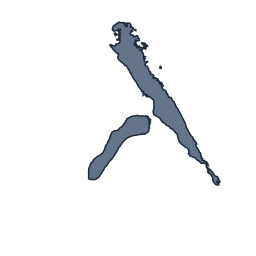 Kepulauan Sula, Maluku Utara, Indonesia (Mercator projection), rotated 59°
{"feature_id": "22746128B81791072961966", "entity_name": "Kepulauan Sula", "entity_type": "district", "adm_level": 2, "iso_a3": "IDN", "parent_name": "Indonesia", "parent_adm1": "Maluku Utara", "projection": "mercator", "projection_center": [125.8, -2.114], "detail": "fine", "context": "isolated", "style": "filled", "palette": "slate", "viewbox_px": 256, "rotation_deg": 59, "n_neighbors": 0, "source": "geoboundaries", "source_scale": "gbopen_adm2", "svg_char_len": 5548}
<svg xmlns="http://www.w3.org/2000/svg" viewBox="0 0 256 256"><g transform="rotate(59 128 128)"><path d="M45.2,72.1L43.3,72.5L42.9,73.6L42.1,72.7L40.3,72.4L38.9,72.7L37.2,75.4L37.8,76.1L38.1,75.5L40.0,75.9L40.5,76.5L40.4,77.3L39.5,77.3L38.1,77.9L38.0,77.6L37.0,77.5L37.2,77.1L36.8,76.8L35.7,77.1L35.6,77.9L34.8,78.3L34.1,79.9L32.6,81.3L32.8,85.6L33.3,88.6L34.6,89.6L35.3,90.7L37.4,90.5L37.7,90.1L38.7,87.5L38.6,86.8L39.0,86.4L38.7,84.9L39.3,83.8L40.2,84.1L39.9,85.5L40.1,86.5L40.7,86.4L40.9,85.8L41.1,86.5L42.5,87.2L43.1,85.9L43.4,86.8L44.0,87.2L43.4,88.4L44.4,88.3L44.9,87.2L44.8,87.6L45.4,87.7L45.5,89.0L46.1,89.0L46.4,89.3L46.9,88.7L47.7,89.0L48.0,89.8L49.9,90.3L50.8,92.7L49.8,95.2L50.7,96.1L51.1,97.1L49.7,98.5L47.6,99.7L47.5,100.6L48.2,101.0L49.9,100.8L50.5,100.3L52.1,100.4L58.4,99.0L58.9,98.4L59.9,98.3L61.8,99.6L61.7,100.0L62.5,100.7L65.4,100.6L71.1,98.5L72.8,98.5L73.1,97.8L73.8,97.4L76.2,97.6L78.0,97.3L82.5,97.7L82.9,97.1L83.0,97.4L83.9,97.7L88.9,97.8L92.3,97.4L99.1,97.6L101.8,97.0L103.5,97.4L104.1,97.2L104.5,96.1L104.9,96.0L106.1,96.5L106.0,97.4L106.7,97.1L107.7,98.1L107.6,97.3L108.0,96.7L107.8,96.3L108.6,95.0L109.3,94.7L110.6,94.9L111.6,93.9L113.4,93.0L117.3,91.6L123.5,94.9L127.2,98.3L130.1,99.0L135.1,95.9L136.3,95.6L138.0,95.8L140.7,95.4L143.2,94.1L145.2,93.7L147.8,92.0L149.6,91.9L152.9,90.2L156.4,89.8L157.9,89.1L159.4,89.1L159.8,89.5L166.1,91.2L169.7,90.4L172.4,89.1L174.0,88.7L175.6,87.6L177.2,87.2L179.3,87.8L181.2,88.9L181.2,89.3L183.7,89.3L188.4,85.7L191.0,85.3L193.2,84.0L196.0,83.4L197.0,81.6L198.9,79.4L200.2,79.4L201.4,78.6L200.6,78.6L200.4,78.2L199.3,78.0L198.8,78.2L197.3,78.1L197.3,78.6L196.7,79.0L195.3,79.2L194.7,78.7L195.3,79.3L195.2,80.0L193.5,80.9L192.7,79.7L191.6,80.5L190.9,80.5L190.1,79.5L188.6,79.7L187.2,78.7L185.3,79.2L183.7,78.9L180.0,79.1L177.5,78.7L177.0,78.4L177.1,77.3L176.3,77.5L175.7,76.9L173.5,77.6L172.8,77.2L172.7,77.6L172.3,77.7L169.9,77.5L169.6,77.2L167.3,77.9L164.3,78.0L157.9,77.6L152.7,76.4L136.2,75.4L135.3,75.8L128.9,75.0L127.8,75.7L124.3,75.3L124.0,76.3L123.1,76.2L122.7,77.2L120.8,77.1L119.9,76.6L119.1,76.6L118.5,77.3L117.3,76.5L116.2,76.9L115.6,76.5L114.5,76.9L114.1,77.8L112.8,78.0L110.5,77.7L109.7,77.2L109.0,77.5L108.6,77.0L107.6,77.0L108.0,76.1L107.0,75.8L107.2,77.4L106.8,77.7L106.1,77.0L106.2,77.8L105.8,78.2L105.2,77.8L105.4,77.2L105.0,77.4L104.7,77.1L104.1,77.5L103.2,77.2L102.9,77.3L102.7,78.5L102.0,78.7L101.8,77.2L101.3,77.1L100.6,78.1L98.8,78.7L99.0,80.1L97.8,80.9L97.5,80.7L97.7,79.9L97.0,79.9L96.6,78.9L96.3,78.8L94.6,79.4L93.4,81.1L92.6,80.9L92.0,79.8L90.0,80.4L85.2,79.7L83.7,81.1L82.1,80.8L82.2,79.9L81.1,78.2L80.5,78.5L80.1,79.4L78.0,79.3L77.4,78.9L77.7,78.1L77.1,77.4L76.2,78.4L75.4,78.1L75.5,76.9L74.9,77.6L71.2,76.5L69.9,76.8L69.2,76.4L67.8,77.8L67.8,76.8L67.4,76.8L68.1,75.0L67.5,73.8L66.4,74.4L66.0,75.1L65.1,75.7L65.2,78.0L64.3,76.4L63.8,76.2L63.9,76.7L63.4,77.2L63.6,79.0L63.3,79.0L63.1,78.0L62.4,77.5L61.9,78.4L61.4,78.2L61.2,79.7L60.8,79.7L60.3,78.9L60.5,77.2L59.1,79.4L58.6,78.5L58.9,77.7L58.3,77.7L58.0,77.2L58.2,76.6L57.3,76.4L56.8,76.7L56.5,76.1L57.7,75.4L58.9,73.6L58.9,73.3L57.6,72.6L56.7,73.1L56.0,72.6L55.2,72.8L53.8,72.4L53.3,73.1L53.1,75.0L52.6,76.1L51.9,76.3L51.5,75.7L48.7,77.8L47.8,77.3L47.6,76.0L46.5,75.7L46.0,72.5L45.2,72.1ZM129.3,105.9L129.1,105.5L129.4,105.1L128.8,104.8L127.9,105.3L127.3,106.3L126.7,106.3L126.4,108.3L125.1,109.1L123.5,112.3L122.1,113.3L119.8,119.1L119.5,124.3L120.2,125.0L120.7,126.6L121.5,127.3L123.6,132.0L123.6,134.2L124.7,138.0L123.4,141.1L123.4,143.8L124.6,146.0L127.6,149.2L129.4,152.2L130.5,153.4L131.8,156.5L134.3,159.2L136.2,162.3L136.9,165.8L136.6,169.0L136.9,169.5L136.8,170.4L137.2,172.9L137.7,174.5L138.8,175.6L138.9,177.2L139.7,178.7L142.6,182.5L146.1,184.9L149.7,186.8L150.2,187.5L151.4,187.8L152.8,186.7L154.9,183.5L155.4,181.9L155.2,178.4L151.0,169.8L149.7,168.4L149.6,166.4L146.8,160.8L146.5,158.4L144.2,153.1L143.3,152.0L143.3,151.1L140.2,146.4L138.9,142.7L137.9,141.1L136.3,135.3L136.2,133.1L136.7,129.0L139.6,121.2L140.5,119.8L140.2,118.4L141.3,117.9L142.1,116.6L141.8,115.7L142.0,113.4L141.3,112.7L141.1,111.6L139.4,110.4L139.2,109.7L138.4,109.8L138.2,109.1L136.6,108.4L136.0,107.1L135.5,107.1L135.3,107.5L134.5,106.8L134.6,106.4L134.1,106.7L133.8,106.1L134.1,105.9L133.7,105.6L132.7,105.3L133.1,105.6L132.9,106.0L132.3,105.7L131.6,106.2L131.0,105.4L130.5,105.9L130.2,105.3L129.3,105.9ZM218.6,76.3L217.1,76.6L215.9,76.4L214.5,77.7L213.4,78.2L210.0,78.3L207.6,78.8L206.3,78.7L205.0,79.7L201.0,80.5L201.9,81.0L205.6,80.5L205.2,81.2L206.4,81.1L206.3,82.1L206.6,82.3L208.4,82.1L209.4,81.3L211.3,80.8L214.6,81.2L215.6,81.9L217.7,82.4L219.8,82.4L222.3,81.6L223.4,79.5L220.0,79.6L219.6,79.3L221.6,78.3L220.7,78.0L220.7,77.6L222.2,77.1L219.6,76.8L217.4,77.3L218.6,76.3ZM68.0,69.1L67.1,68.8L66.0,69.7L65.4,71.1L65.1,69.8L64.5,69.6L63.6,70.4L63.4,71.2L62.2,71.8L62.1,72.5L63.2,72.7L63.9,72.3L64.5,72.3L65.2,71.5L66.0,72.0L66.4,71.5L66.7,72.3L67.1,72.2L66.8,72.9L67.2,73.0L69.3,72.6L69.5,72.0L68.6,71.5L67.9,70.6L68.0,69.1ZM41.8,89.1L40.1,89.8L39.8,90.9L42.3,91.3L42.4,89.4L41.8,89.1ZM93.0,69.9L94.0,69.0L93.9,68.7L93.0,68.2L91.9,68.3L91.8,68.8L93.0,69.9ZM47.4,90.1L46.4,91.1L46.4,91.9L47.0,92.0L47.6,91.3L47.9,90.3L47.4,90.1ZM111.6,94.9L111.4,94.7L110.7,94.9L109.6,96.1L110.6,96.0L111.6,94.9ZM48.0,70.7L47.2,71.2L47.6,72.0L48.6,71.1L48.0,70.7ZM81.2,77.0L80.7,77.2L80.9,78.0L81.4,77.7L81.2,77.0ZM109.8,76.9L110.2,76.5L109.9,76.2L109.8,76.9ZM132.2,104.5L131.5,104.5L131.1,105.1L131.6,105.1L132.2,104.5ZM47.1,75.1L47.3,75.6L47.4,74.9L47.1,75.1Z" fill="#64748b" stroke="#1e293b" stroke-width="1.5"/></g></svg>